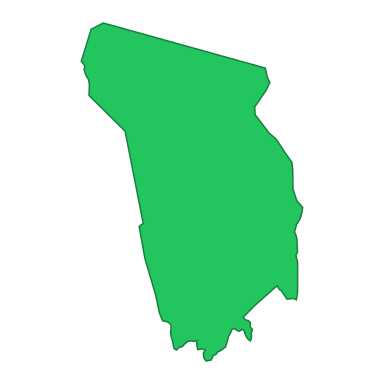 the district of Maetinga, Bahia, Brazil
{"feature_id": "56859067B22640156223333", "entity_name": "Maetinga", "entity_type": "district", "adm_level": 2, "iso_a3": "BRA", "parent_name": "Brazil", "parent_adm1": "Bahia", "projection": "equal_earth", "projection_center": [-41.494, -14.667], "detail": "fine", "context": "isolated", "style": "filled", "palette": "green", "viewbox_px": 384, "rotation_deg": 0, "n_neighbors": 0, "source": "geoboundaries", "source_scale": "gbopen_adm2", "svg_char_len": 1517}
<svg xmlns="http://www.w3.org/2000/svg" viewBox="0 0 384 384"><path d="M103.2,23.0L91.1,29.3L83.9,52.9L81.3,61.3L85.0,66.1L84.1,69.5L85.4,74.0L86.9,77.0L88.5,79.4L89.3,83.6L89.3,88.1L89.1,92.0L89.0,95.5L125.1,131.2L127.1,141.3L143.2,223.4L139.1,226.4L145.0,258.9L155.4,294.1L156.5,299.1L158.7,309.4L159.5,313.2L162.6,320.8L165.6,321.4L168.3,322.3L171.0,324.9L171.1,329.0L170.5,332.3L171.2,336.6L172.7,341.3L173.2,345.0L174.1,348.6L176.4,350.1L179.1,347.4L182.2,346.7L184.5,344.1L187.7,341.5L191.1,340.8L193.6,341.5L196.9,340.6L196.8,345.3L197.8,349.7L201.8,348.9L205.1,349.9L203.3,353.4L204.1,358.5L206.2,361.0L208.8,360.5L211.2,360.0L213.2,355.6L216.0,354.4L217.8,351.9L220.0,350.9L222.9,349.0L225.5,346.9L226.6,343.7L227.6,340.1L228.4,336.8L230.2,333.6L232.1,329.2L235.0,328.7L237.4,330.7L239.7,331.2L242.1,329.2L244.3,331.1L245.6,335.4L247.6,338.7L250.3,341.0L251.5,338.1L251.3,333.0L252.5,329.7L249.9,326.5L250.6,323.0L248.7,320.8L245.5,319.8L243.1,317.4L254.5,305.7L277.0,285.8L279.4,289.5L281.7,291.0L283.1,293.4L284.9,295.9L286.8,299.1L289.9,298.9L292.9,298.4L296.4,299.8L297.6,292.0L297.6,272.4L297.6,264.8L297.5,261.5L295.9,255.8L297.5,252.0L297.4,246.7L297.0,243.3L297.0,239.4L296.0,235.3L294.5,231.8L295.5,228.6L296.5,224.4L298.7,221.4L300.3,218.2L301.8,212.8L302.7,207.4L296.8,200.7L293.0,189.1L292.7,169.2L291.9,162.4L286.1,154.2L276.1,139.1L269.0,132.9L255.1,114.7L254.7,107.0L266.2,90.2L269.8,82.6L267.6,77.9L266.6,74.0L265.3,68.1L103.2,23.0Z" fill="#22c55e" stroke="#15803d" stroke-width="1.5"/></svg>